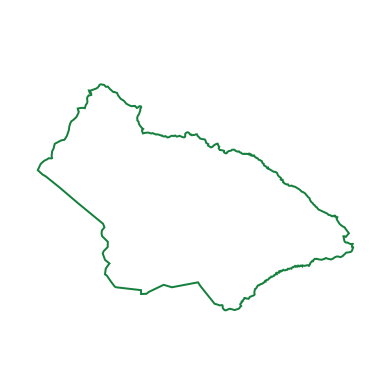 outline of Ulma, Suceava, Romania, rotated 258°
{"feature_id": "2599482B36214324611415", "entity_name": "Ulma", "entity_type": "district", "adm_level": 2, "iso_a3": "ROU", "parent_name": "Romania", "parent_adm1": "Suceava", "projection": "albers", "projection_center": [25.264, 47.853], "detail": "fine", "context": "isolated", "style": "outline", "palette": "green", "viewbox_px": 384, "rotation_deg": 258, "n_neighbors": 0, "source": "geoboundaries", "source_scale": "gbopen_adm2", "svg_char_len": 5937}
<svg xmlns="http://www.w3.org/2000/svg" viewBox="0 0 384 384"><g transform="rotate(258 192 192)"><path d="M245.4,45.7L240.1,49.5L237.7,52.2L223.7,63.6L205.5,77.6L179.4,98.4L175.6,99.0L173.1,95.9L170.3,94.9L167.5,94.9L160.8,99.3L155.7,98.1L152.6,93.4L150.5,91.9L143.7,92.8L139.3,96.4L135.0,91.7L129.5,89.8L128.0,91.3L121.9,93.8L115.6,96.7L114.5,98.2L106.6,121.7L102.8,121.0L101.9,126.2L103.3,129.2L107.1,145.0L103.0,152.5L102.4,179.1L98.4,180.6L77.9,190.9L76.9,193.0L75.4,195.3L75.1,197.7L74.9,198.2L74.3,198.3L72.4,198.0L71.5,198.2L70.0,199.1L69.4,199.8L69.2,200.8L69.9,203.8L70.0,204.5L68.8,207.1L67.8,208.8L67.7,209.4L68.1,213.3L68.4,214.0L69.8,215.5L70.2,216.4L72.0,215.8L72.3,216.0L72.7,216.2L73.3,217.3L74.7,217.8L74.8,218.3L74.4,218.6L74.5,218.8L75.4,219.3L76.4,220.4L76.6,221.0L77.4,221.2L77.4,221.7L76.6,223.0L75.8,225.0L76.1,225.7L77.2,226.5L77.5,227.3L78.0,230.7L78.6,231.9L80.9,232.1L83.9,233.4L84.3,234.6L86.9,237.0L87.0,237.7L86.8,238.1L86.9,238.5L87.6,239.8L87.7,240.5L87.6,241.2L88.1,242.7L88.5,243.1L88.5,243.8L89.1,244.4L89.0,245.4L89.4,245.5L90.0,245.3L90.1,245.5L90.1,246.6L90.5,247.1L90.4,248.1L91.3,249.4L92.0,250.0L91.9,250.9L92.3,251.6L92.8,251.9L92.5,252.7L92.8,254.3L93.0,254.8L93.6,255.1L93.7,255.9L94.1,256.6L94.0,257.4L94.5,257.1L95.1,257.3L95.1,257.8L95.4,258.2L94.9,260.2L95.1,260.6L95.3,260.7L96.0,260.6L96.4,260.9L96.4,261.2L95.6,261.4L95.6,261.5L95.9,262.0L95.9,262.9L96.4,263.0L96.2,264.1L96.9,265.1L96.2,266.0L96.1,266.9L96.0,267.3L96.3,267.9L96.1,269.1L97.0,269.9L96.6,271.1L96.8,272.0L96.8,272.5L96.4,273.3L96.8,273.5L97.3,274.2L97.5,274.8L97.3,275.3L97.6,275.6L97.8,276.8L98.3,277.5L98.1,277.8L97.4,278.0L97.7,279.0L97.1,279.4L97.5,280.4L97.3,280.7L97.8,280.8L97.1,282.0L97.4,283.0L96.9,283.4L96.8,283.7L97.2,284.3L96.5,284.6L96.9,284.9L96.9,285.4L96.3,287.0L96.4,287.5L96.4,289.7L96.1,290.5L95.5,290.9L95.5,291.3L96.4,291.6L96.7,292.3L97.8,292.9L99.4,295.0L99.0,295.5L99.1,295.9L99.3,296.2L100.0,296.4L101.1,298.3L100.7,299.3L100.7,300.3L99.6,302.2L98.7,305.1L98.8,305.8L99.1,306.7L99.0,307.8L99.6,309.0L99.5,309.4L98.6,310.7L97.1,313.9L97.4,315.6L98.6,318.6L98.8,320.1L98.6,321.4L97.4,323.7L97.4,324.1L98.3,326.7L98.9,327.2L99.3,328.3L100.5,329.9L100.6,330.6L100.4,332.7L100.4,334.8L101.0,336.0L104.2,338.1L104.6,338.0L104.6,337.3L105.3,337.1L106.1,337.3L107.8,338.3L108.0,337.3L108.1,336.2L110.4,333.3L110.3,333.0L110.5,332.1L111.3,331.3L112.3,330.9L117.2,330.9L117.1,331.8L116.1,333.1L119.0,336.9L124.8,334.2L125.8,333.9L127.0,332.2L127.8,331.7L128.1,331.2L130.3,329.6L134.9,328.0L135.2,327.9L136.5,328.6L136.7,328.3L137.0,328.6L137.2,328.1L137.6,328.2L137.7,327.5L138.7,327.2L138.6,326.8L139.0,326.7L138.9,326.2L139.2,326.1L139.3,325.0L139.0,324.6L139.4,323.5L140.0,323.1L140.8,321.8L141.3,320.7L142.6,320.0L148.5,312.2L149.7,311.4L151.1,310.9L151.9,309.9L153.2,309.5L154.6,308.2L155.7,307.9L157.7,306.4L160.1,305.7L161.5,305.7L162.6,304.7L167.4,302.1L168.7,300.8L169.5,299.5L172.3,297.5L175.9,293.6L176.1,292.8L176.6,292.2L176.6,291.8L177.5,290.9L177.5,289.9L178.0,288.1L178.5,287.7L179.5,287.5L179.7,286.9L179.8,285.9L180.6,285.1L181.1,284.2L181.7,283.9L182.6,283.1L183.3,283.5L184.0,283.1L185.0,283.2L185.0,282.2L185.7,281.4L186.4,282.0L187.1,282.0L189.4,280.1L190.4,279.6L192.9,279.1L194.3,277.9L194.8,276.1L198.3,272.4L198.7,271.4L200.0,271.5L199.9,270.5L200.1,270.2L201.0,270.1L201.7,269.6L202.8,268.1L203.6,267.9L204.5,268.1L204.8,267.9L205.3,267.2L206.1,266.8L207.5,266.8L209.1,265.1L209.7,264.0L211.3,263.2L211.6,262.5L212.2,262.2L212.6,261.3L214.3,260.3L214.8,260.4L215.0,259.9L215.0,259.3L214.7,259.0L214.8,258.6L215.9,258.0L215.5,257.3L216.0,256.9L216.9,257.0L217.1,256.7L216.8,256.4L216.7,255.8L217.7,255.6L217.5,254.5L217.9,253.3L218.2,252.8L218.1,251.6L218.6,251.1L218.5,250.3L218.6,249.8L219.6,248.4L220.4,248.0L220.8,247.1L222.0,246.3L221.8,245.4L222.4,244.4L223.1,243.3L224.5,242.3L224.8,241.4L225.0,240.0L224.4,238.9L224.3,238.1L224.4,236.6L224.0,235.8L223.9,235.0L222.8,234.1L222.7,233.7L222.9,232.8L224.1,231.6L225.6,231.9L226.8,229.6L227.3,227.9L227.5,227.8L229.3,227.2L230.6,228.1L231.8,227.4L233.6,227.3L234.0,227.0L233.8,225.2L233.3,223.6L231.9,221.3L231.7,220.5L231.8,219.7L233.9,217.5L234.3,217.3L235.4,217.9L237.1,216.1L240.1,215.8L240.8,215.3L241.8,212.5L242.9,210.8L243.6,210.6L245.8,209.1L247.4,208.8L247.6,207.9L247.3,206.1L247.6,203.5L247.8,203.1L248.4,203.1L248.9,201.9L250.3,201.5L251.3,200.3L251.3,199.3L251.0,198.4L250.3,197.5L247.6,196.8L247.2,196.3L247.1,195.7L247.3,194.8L249.6,191.4L249.3,189.7L249.4,188.5L250.7,187.4L250.8,187.0L250.4,185.9L251.0,184.8L251.2,183.5L250.5,181.1L250.4,180.1L250.5,179.3L252.2,177.6L252.0,176.8L252.3,175.6L252.8,174.9L253.5,174.5L253.4,173.9L253.8,173.4L255.3,170.9L255.6,170.0L255.7,168.8L257.8,165.7L257.7,164.6L257.9,163.8L259.2,161.7L259.6,158.4L259.5,156.2L262.4,155.8L263.2,156.2L263.3,156.8L263.8,157.4L265.1,156.2L268.5,154.6L270.1,154.2L271.7,154.4L273.4,153.4L274.3,153.7L275.8,153.7L278.0,155.0L279.1,156.3L282.6,158.4L283.9,158.6L285.3,159.9L286.4,159.8L286.7,159.1L286.8,158.3L285.7,156.0L285.7,155.5L288.0,154.2L288.3,152.6L288.4,151.2L288.6,150.5L289.5,149.1L291.9,146.2L295.4,144.3L298.0,141.6L301.8,139.8L304.4,139.3L306.0,136.9L305.9,136.4L306.4,135.6L309.0,133.8L309.4,133.3L312.5,131.7L312.7,131.4L312.7,129.9L313.1,129.4L314.8,128.5L315.3,127.7L315.6,126.6L316.2,125.6L316.3,124.9L316.0,123.8L314.9,123.0L313.6,121.2L313.1,119.8L312.3,113.7L312.7,112.3L310.2,112.6L310.3,113.6L308.9,113.8L307.9,113.7L307.7,111.9L308.0,111.0L306.4,109.3L305.2,108.8L302.2,108.5L300.8,107.9L299.0,106.1L296.3,104.6L297.0,102.8L297.3,101.3L297.4,97.6L295.2,97.6L294.2,98.0L292.6,97.1L289.3,94.5L287.3,91.1L286.3,88.8L284.9,87.5L282.0,85.8L277.9,84.3L272.9,81.3L270.6,79.1L269.6,78.0L269.7,74.9L267.8,68.1L267.4,67.6L263.2,65.6L261.1,63.8L257.0,62.3L254.2,62.1L254.1,61.3L254.8,59.0L254.7,58.5L254.1,57.2L253.4,54.3L251.8,51.2L250.9,49.9L250.4,49.4L245.4,45.7Z" fill="none" stroke="#15803d" stroke-width="2"/></g></svg>